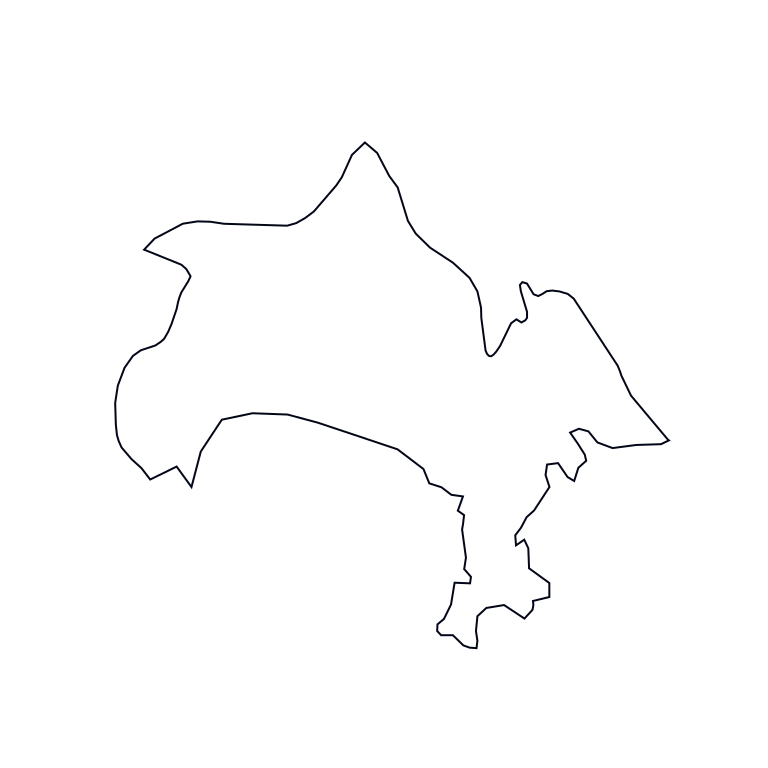 map outline of Kanagawa (Robinson projection), rotated 30°
{"feature_id": "JPN-1857", "entity_name": "Kanagawa", "entity_type": "Prefecture", "adm_level": 1, "iso_a3": "JPN", "parent_name": "Japan", "parent_adm1": "", "projection": "robinson", "projection_center": [139.409, 35.386], "detail": "fine", "context": "isolated", "style": "outline", "palette": "ink", "viewbox_px": 768, "rotation_deg": 30, "n_neighbors": 0, "source": "natural_earth", "source_scale": "10m", "svg_char_len": 1977}
<svg xmlns="http://www.w3.org/2000/svg" viewBox="0 0 768 768"><g transform="rotate(30 384 384)"><path d="M658.9,290.4L654.0,297.6L632.9,310.7L614.0,325.2L598.0,327.9L584.7,322.8L575.2,325.3L569.5,333.0L581.8,338.8L593.2,344.8L597.5,349.4L594.2,359.4L597.2,372.9L589.5,372.8L574.3,365.5L565.5,372.2L569.4,382.0L578.8,390.5L577.2,418.5L574.1,428.0L574.5,440.1L573.3,449.4L579.0,457.7L583.3,448.7L591.1,454.1L601.8,471.1L626.7,473.7L633.7,485.8L621.5,497.4L623.7,500.4L624.7,502.9L625.5,505.4L622.9,516.9L598.5,515.4L584.6,526.8L581.0,538.4L587.2,552.0L593.3,559.7L596.2,566.5L590.0,569.5L583.4,570.7L569.2,567.1L559.1,573.0L553.5,571.3L550.5,565.4L553.4,557.5L552.3,541.5L544.5,520.8L558.2,513.6L555.7,507.5L546.0,504.2L541.8,493.4L524.4,471.0L522.4,465.6L518.9,457.5L511.3,456.8L508.6,441.9L497.7,446.3L485.4,444.7L472.9,447.4L460.7,437.9L428.4,433.8L375.7,444.5L345.9,450.6L315.7,458.7L284.7,475.1L261.4,496.0L259.1,534.1L268.8,569.5L245.7,559.2L229.3,583.6L215.9,578.1L202.9,575.3L188.5,570.2L182.7,566.0L178.3,561.8L172.3,553.6L160.7,534.9L154.3,518.5L151.2,499.7L152.5,485.2L156.6,476.3L166.7,465.0L169.6,459.1L171.0,454.8L171.0,446.7L170.0,438.2L166.9,422.7L164.8,416.3L163.6,411.7L162.7,406.0L163.1,392.9L162.6,387.4L155.3,383.3L148.9,382.0L109.1,387.6L112.6,372.8L129.6,345.8L141.2,336.4L152.5,330.3L165.4,325.2L221.0,295.3L227.5,288.6L232.6,279.9L237.0,269.7L243.4,235.9L244.1,226.1L241.7,201.6L246.7,184.4L262.5,187.3L284.5,201.2L297.5,206.9L323.2,230.8L336.3,237.9L355.7,242.9L383.2,244.5L405.0,249.3L418.6,257.1L429.8,269.3L435.3,278.2L455.2,304.2L458.3,306.5L461.0,307.2L462.9,306.4L464.2,303.8L465.0,299.9L465.5,293.0L463.7,267.9L466.3,261.8L472.2,262.0L474.5,258.3L474.8,255.2L471.8,250.0L456.1,235.2L452.2,230.3L452.9,226.6L457.6,225.5L468.7,231.5L473.6,230.7L476.0,227.1L478.4,222.4L482.9,219.0L489.7,216.1L498.1,214.1L505.6,215.2L577.2,251.3L581.9,254.9L585.3,258.0L603.8,270.6L657.6,290.2L658.9,290.4Z" fill="none" stroke="#020617" stroke-width="2"/></g></svg>